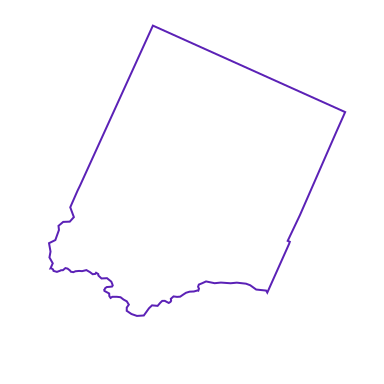 Eagle, Colorado, United States of America (Equal Earth projection), rotated 114°
{"feature_id": "52423323B31771107435040", "entity_name": "Eagle", "entity_type": "district", "adm_level": 2, "iso_a3": "USA", "parent_name": "United States of America", "parent_adm1": "Colorado", "projection": "equal_earth", "projection_center": [-106.318, 39.637], "detail": "fine", "context": "isolated", "style": "outline", "palette": "violet", "viewbox_px": 384, "rotation_deg": 114, "n_neighbors": 0, "source": "geoboundaries", "source_scale": "gbopen_adm2", "svg_char_len": 1413}
<svg xmlns="http://www.w3.org/2000/svg" viewBox="0 0 384 384"><g transform="rotate(114 192 192)"><path d="M197.7,82.4L197.7,84.7L169.1,84.0L79.7,84.6L56.7,84.6L55.9,295.4L231.5,296.9L237.2,297.1L255.5,297.0L263.0,289.7L268.8,291.6L271.7,297.5L277.2,300.2L280.8,298.1L291.5,297.3L296.9,301.8L304.0,297.0L309.8,295.6L313.8,290.2L319.3,290.2L318.9,289.6L319.3,287.4L320.4,286.4L319.9,282.9L317.6,280.5L316.8,279.9L315.9,278.1L313.0,276.7L312.6,274.5L313.3,271.7L314.1,270.2L313.5,267.8L311.8,266.2L310.0,263.0L309.0,260.2L306.3,256.7L306.7,252.7L307.5,249.3L306.2,247.1L304.8,246.8L305.1,244.3L306.4,243.5L307.8,239.5L305.3,234.6L306.7,229.3L308.4,227.5L309.6,226.4L310.9,226.6L312.2,228.8L313.5,231.2L315.2,232.2L316.6,232.2L317.1,232.4L318.0,231.7L318.1,230.4L318.4,226.4L320.7,225.2L321.9,223.3L320.2,222.2L318.3,218.0L317.2,214.5L318.1,210.8L318.4,207.1L320.6,203.9L324.1,204.6L327.1,203.3L328.1,197.7L327.6,191.9L324.4,185.8L315.7,184.0L311.8,182.4L310.0,177.1L306.0,175.9L303.6,174.9L302.5,172.6L302.7,170.1L302.8,168.1L301.2,167.0L299.9,166.8L298.2,167.9L294.9,166.4L293.9,163.0L292.4,160.2L289.6,158.5L286.5,156.5L284.0,153.6L282.1,149.8L279.7,146.9L279.6,146.1L277.5,146.3L276.1,147.9L273.8,148.1L271.3,145.7L268.0,142.8L266.1,134.2L263.0,128.8L259.7,119.7L256.6,114.2L253.8,105.4L253.5,100.9L255.0,93.7L251.9,84.2L253.3,82.3L200.0,82.2L197.7,82.4Z" fill="none" stroke="#5b21b6" stroke-width="2"/></g></svg>